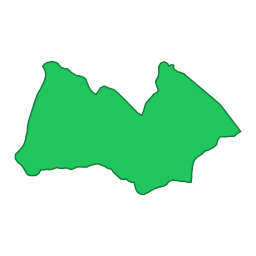 Nova Palmeira, Paraíba, Brazil
{"feature_id": "56859067B19664116937199", "entity_name": "Nova Palmeira", "entity_type": "district", "adm_level": 2, "iso_a3": "BRA", "parent_name": "Brazil", "parent_adm1": "Paraíba", "projection": "albers", "projection_center": [-36.429, -6.675], "detail": "fine", "context": "isolated", "style": "filled", "palette": "green", "viewbox_px": 256, "rotation_deg": 0, "n_neighbors": 0, "source": "geoboundaries", "source_scale": "gbopen_adm2", "svg_char_len": 1843}
<svg xmlns="http://www.w3.org/2000/svg" viewBox="0 0 256 256"><path d="M45.8,75.9L44.0,81.8L40.7,88.5L37.2,94.9L35.1,100.8L28.7,120.6L27.6,126.3L27.4,131.0L25.9,136.9L25.7,139.3L24.2,143.8L22.4,146.9L18.9,151.0L15.4,154.5L15.4,158.9L18.0,162.5L20.6,164.4L22.6,166.6L27.4,174.6L30.6,175.6L35.8,175.5L38.7,173.5L40.8,169.8L43.7,169.8L46.9,169.4L49.9,169.7L53.6,168.8L56.6,167.5L59.7,168.3L62.9,168.4L66.5,167.9L70.9,169.5L73.8,168.6L76.9,166.9L80.1,166.9L83.2,167.0L86.7,167.1L89.7,165.8L93.2,164.6L97.9,163.8L101.9,165.2L105.2,166.6L107.8,168.4L111.4,169.1L113.3,172.0L115.8,174.4L118.6,177.0L120.8,179.1L123.7,179.3L126.6,179.2L128.4,180.9L131.6,182.4L134.0,182.3L134.8,184.8L135.3,187.2L136.3,190.3L138.2,192.8L140.8,194.1L144.0,194.5L147.1,192.9L151.5,190.4L154.4,188.8L156.7,188.0L159.8,187.0L164.2,185.9L167.1,184.0L169.0,181.4L172.5,180.1L175.4,180.5L177.8,180.6L180.5,181.4L184.3,181.3L188.0,182.3L191.1,182.3L191.7,177.3L191.7,173.3L192.5,166.8L193.1,163.8L193.9,161.3L195.1,159.1L197.3,157.0L200.6,155.0L203.2,152.9L205.0,151.1L208.6,150.0L213.3,147.4L216.6,144.6L217.0,142.1L217.8,139.8L220.2,136.7L226.2,136.8L229.0,136.4L231.7,136.3L234.4,136.1L236.9,133.8L240.6,131.5L220.3,104.7L203.3,90.2L187.1,76.7L183.8,73.7L180.3,72.5L177.0,71.4L173.6,68.7L173.6,65.1L171.2,64.8L168.8,66.1L167.5,63.5L164.4,61.8L160.9,63.0L158.9,66.1L158.8,70.2L158.7,74.6L157.8,77.7L156.2,79.7L155.6,82.2L156.6,85.6L157.9,88.7L158.3,91.1L156.5,92.8L153.8,94.1L151.5,97.0L148.6,100.0L145.7,103.6L144.5,107.7L143.4,111.5L141.8,115.4L137.6,112.9L121.5,96.5L114.3,89.9L108.9,88.1L104.3,86.1L100.7,87.8L96.1,94.4L93.1,92.8L90.3,89.6L88.4,86.1L86.0,79.8L84.5,78.0L81.5,76.5L75.9,75.3L71.5,72.6L67.9,69.1L64.1,68.5L61.1,67.4L57.3,63.0L52.4,61.5L47.4,62.6L44.9,63.8L42.8,66.4L44.0,68.4L45.5,71.9L45.8,75.9Z" fill="#22c55e" stroke="#15803d" stroke-width="1.5"/></svg>